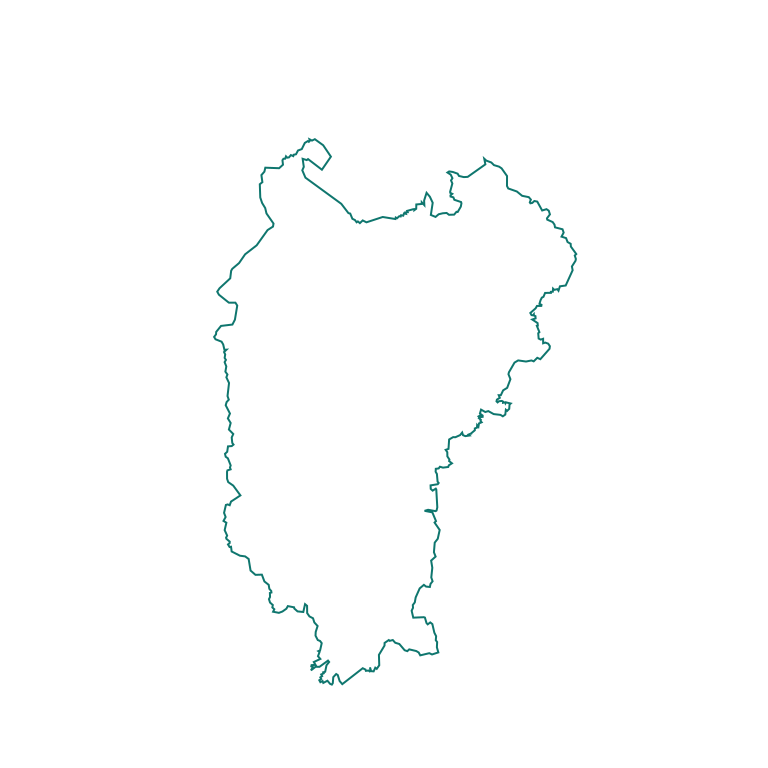 outline of Atzalan, Veracruz, Mexico, rotated 321°
{"feature_id": "50627088B7265793034520", "entity_name": "Atzalan", "entity_type": "district", "adm_level": 2, "iso_a3": "MEX", "parent_name": "Mexico", "parent_adm1": "Veracruz", "projection": "albers", "projection_center": [-97.113, 19.905], "detail": "fine", "context": "isolated", "style": "outline", "palette": "teal", "viewbox_px": 768, "rotation_deg": 321, "n_neighbors": 0, "source": "geoboundaries", "source_scale": "gbopen_adm2", "svg_char_len": 6154}
<svg xmlns="http://www.w3.org/2000/svg" viewBox="0 0 768 768"><g transform="rotate(321 384 384)"><path d="M615.2,404.0L615.7,394.8L617.3,392.5L616.0,389.2L617.3,385.2L614.7,381.2L618.9,379.4L620.1,376.1L615.5,369.9L616.8,367.4L617.0,364.3L614.3,359.0L614.9,357.8L619.7,356.6L621.1,353.0L620.3,350.4L616.1,348.7L617.9,338.7L616.0,336.4L613.2,336.6L611.5,335.7L611.6,334.6L614.2,333.1L614.1,329.9L609.8,324.7L608.4,318.0L603.6,310.2L604.2,307.5L610.5,299.8L611.1,290.4L610.2,287.5L607.2,283.1L606.8,279.4L604.1,274.8L603.7,272.0L601.0,277.1L579.4,275.7L576.2,273.4L573.2,269.5L573.6,266.9L570.9,262.5L568.4,259.8L566.4,259.6L567.6,263.3L566.7,267.1L564.2,268.0L563.3,271.2L556.4,276.2L555.8,277.1L556.7,279.2L554.4,279.2L553.7,280.2L555.4,282.6L554.6,285.1L558.4,291.1L557.9,292.3L555.3,294.5L549.5,296.7L548.7,295.8L545.1,296.5L541.0,293.4L540.3,290.5L537.1,288.3L533.3,286.5L529.2,286.6L526.8,282.1L535.9,273.8L537.5,267.3L537.4,262.2L530.6,266.7L527.9,270.4L527.7,266.5L526.6,267.8L522.1,264.8L519.3,268.1L517.1,268.0L517.8,267.3L516.6,266.5L510.9,264.0L510.5,265.4L508.5,264.1L508.1,265.5L506.9,264.0L504.9,265.3L503.5,263.6L502.4,264.3L501.5,263.2L498.5,263.4L497.9,262.0L496.7,263.0L488.1,253.4L472.1,247.3L470.4,243.5L466.5,243.8L466.0,241.2L464.5,241.1L464.6,238.3L463.4,235.7L465.0,230.3L463.9,228.8L464.2,217.1L452.8,174.2L455.0,166.5L458.3,164.8L462.5,157.8L464.9,161.4L466.5,161.4L470.6,178.4L485.8,173.9L487.0,160.2L484.3,150.2L481.2,149.5L480.1,147.0L479.6,148.3L478.0,148.5L477.8,147.3L474.2,146.8L467.9,149.7L464.1,148.4L460.2,150.1L458.1,149.0L456.9,149.8L455.7,147.5L452.8,148.1L451.2,147.2L451.1,145.4L449.0,146.7L447.6,145.7L445.9,146.2L443.5,150.0L438.3,150.3L427.9,141.2L424.7,143.7L420.2,144.5L416.5,150.6L413.2,150.6L405.2,161.2L403.2,166.6L402.4,172.5L400.0,177.5L399.1,189.8L396.8,191.8L390.4,191.1L372.3,196.1L357.7,195.8L347.5,198.8L338.6,199.0L336.5,199.8L331.0,205.1L316.4,206.1L312.5,207.3L311.9,210.7L314.6,223.1L319.7,227.3L319.3,230.7L308.6,240.2L303.6,242.4L293.9,236.3L286.4,237.9L284.7,239.7L281.6,240.5L281.2,243.2L284.4,248.9L283.9,252.1L281.5,257.0L283.2,258.2L279.8,258.5L279.2,261.1L276.6,263.4L276.3,265.8L273.9,266.7L272.5,271.1L268.5,274.6L268.3,278.1L265.7,279.6L264.2,285.7L254.8,294.9L253.5,298.5L250.3,299.0L247.6,300.9L245.7,310.0L241.0,312.5L240.3,317.8L234.8,321.8L235.4,328.0L232.0,329.7L229.0,334.3L228.9,336.4L226.6,336.4L223.5,334.3L219.5,338.0L216.5,338.2L215.2,340.9L215.9,343.5L213.6,350.8L211.8,351.9L211.1,353.8L208.0,352.6L206.8,353.4L202.4,358.9L201.2,362.2L202.9,368.1L202.3,380.2L191.1,379.1L187.8,381.1L186.7,379.2L185.0,378.5L178.6,383.5L177.2,387.7L173.1,389.4L174.2,392.6L168.2,397.3L166.7,403.1L164.5,404.1L164.1,405.3L164.9,409.4L163.9,410.5L161.8,410.5L161.4,413.5L162.7,414.2L160.2,418.3L164.0,426.8L167.6,430.6L168.7,434.8L162.9,445.0L164.0,451.4L169.1,455.3L166.8,462.2L168.0,467.5L166.0,471.0L166.1,473.9L165.3,475.2L163.8,474.6L161.4,477.8L159.2,478.8L157.9,482.1L158.5,485.8L156.6,487.4L157.0,490.0L154.5,491.2L158.3,495.7L161.9,496.9L166.7,497.2L169.5,496.1L173.6,501.0L173.0,502.0L173.7,506.3L177.8,510.4L184.1,505.4L184.6,508.0L180.1,513.7L179.8,517.7L181.4,521.4L179.8,525.5L180.1,530.3L174.9,533.7L172.4,536.5L171.4,541.3L172.6,543.5L172.5,546.2L166.7,550.8L164.9,550.3L165.3,551.7L161.4,554.0L161.5,557.6L154.5,555.9L154.0,559.2L150.8,556.9L149.8,557.7L150.6,559.3L147.0,560.6L152.9,560.7L155.9,563.2L166.4,563.7L166.4,565.5L162.3,566.4L157.2,570.6L155.3,569.8L155.0,570.9L152.4,570.2L152.1,572.1L149.9,571.9L149.6,573.8L147.3,573.5L146.9,575.7L149.3,576.2L148.7,578.1L153.3,579.0L153.4,583.1L154.3,584.8L155.9,584.3L160.1,579.9L164.3,579.3L164.9,581.1L162.6,586.9L162.7,591.0L188.6,591.5L189.9,594.3L189.4,595.5L191.7,597.0L192.0,598.4L192.8,598.6L194.8,595.4L193.3,599.1L195.1,600.8L198.7,599.0L199.1,600.8L203.3,599.6L209.6,591.3L219.8,587.6L221.5,585.6L226.6,586.0L226.8,587.2L229.7,588.5L229.9,592.2L232.3,595.7L232.5,603.9L234.0,606.3L236.6,606.1L241.0,611.8L242.0,614.5L241.4,617.7L249.8,621.7L251.1,624.4L257.3,626.8L259.4,621.9L262.9,618.0L263.0,615.7L265.8,612.8L266.6,609.0L270.5,601.0L269.9,598.4L266.7,598.3L266.6,596.5L268.8,591.3L268.2,590.3L259.7,584.0L262.8,577.6L265.7,576.2L267.3,573.9L270.5,573.1L274.3,569.8L283.1,565.3L288.6,565.2L289.2,567.9L291.9,570.6L294.4,568.6L297.6,567.9L299.0,564.1L305.9,557.2L309.5,550.9L315.5,550.6L316.9,546.2L323.6,539.2L328.4,538.1L335.4,532.5L336.1,523.5L338.1,523.3L340.8,514.2L335.7,508.1L339.1,509.5L344.1,515.3L345.2,515.4L347.8,513.4L358.3,498.8L358.4,497.9L354.7,497.5L354.3,494.9L356.4,492.1L362.7,495.7L364.2,495.3L364.2,493.6L368.5,487.2L368.9,484.7L370.9,482.5L373.3,484.0L375.4,483.5L377.2,486.1L381.7,488.9L383.2,488.0L386.9,488.4L386.1,484.9L387.3,483.9L387.7,480.1L390.3,476.8L390.5,474.0L393.3,475.0L399.7,468.1L404.3,468.8L406.0,470.3L411.0,471.6L414.2,470.9L413.2,473.5L414.4,475.7L418.1,477.9L417.9,476.5L420.3,477.2L420.0,478.1L420.7,477.2L425.5,477.1L426.6,475.7L428.8,476.4L430.5,474.6L430.5,476.6L433.0,474.4L435.8,475.2L435.7,473.4L436.7,472.9L436.1,469.3L436.8,471.0L437.6,470.3L437.2,468.7L439.3,469.0L438.1,470.5L440.0,471.6L440.8,470.6L440.0,467.3L443.3,465.0L445.1,469.5L448.0,470.7L450.3,476.4L455.1,481.3L456.0,483.9L459.0,484.1L462.5,480.7L462.8,482.4L465.7,482.1L468.6,479.0L470.2,478.9L467.3,475.1L466.4,475.4L466.8,474.6L464.7,473.5L465.5,472.7L464.9,471.3L462.4,469.7L460.7,469.8L460.5,468.3L461.9,467.2L465.3,467.6L466.1,464.9L467.8,466.2L472.6,463.9L477.3,464.5L485.3,459.8L486.9,454.7L488.5,453.5L498.9,449.5L503.1,450.1L508.5,455.9L513.4,458.5L514.6,460.6L519.6,460.1L521.1,463.1L534.8,460.8L536.7,459.0L537.0,456.0L535.4,453.3L533.3,452.5L536.1,449.0L533.7,448.1L532.8,446.0L535.8,441.6L537.4,441.5L539.4,435.0L540.3,435.4L541.7,433.3L539.8,427.2L543.1,428.4L544.4,426.6L543.6,425.1L544.3,424.1L543.0,424.4L542.0,423.3L542.4,420.9L549.5,420.6L552.0,419.6L555.4,422.3L556.2,421.6L555.3,419.5L558.4,417.4L561.0,416.2L562.8,416.6L566.5,414.6L571.1,418.2L571.7,417.4L573.3,418.5L575.4,416.3L575.6,418.0L578.4,419.4L578.3,421.3L582.2,418.8L587.2,421.8L602.2,414.3L604.0,410.9L610.3,408.8L611.8,407.6L613.1,404.2L615.2,404.0Z" fill="none" stroke="#0f766e" stroke-width="2"/></g></svg>